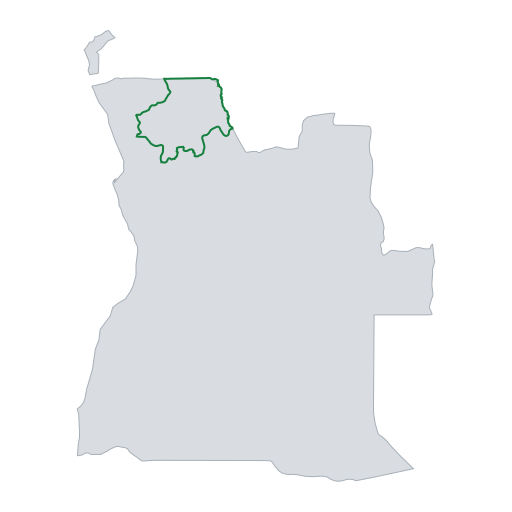 Uíge highlighted on a map of Angola
{"feature_id": "AGO-1881", "entity_name": "Uíge", "entity_type": "Province", "adm_level": 1, "iso_a3": "AGO", "parent_name": "Angola", "parent_adm1": "", "projection": "robinson", "projection_center": [15.52, -7.131], "detail": "fine", "context": "in_parent", "style": "outline", "palette": "green", "viewbox_px": 512, "rotation_deg": 0, "n_neighbors": 0, "source": "natural_earth", "source_scale": "10m", "svg_char_len": 8398}
<svg xmlns="http://www.w3.org/2000/svg" viewBox="0 0 512 512"><path d="M432.5,244.3L433.1,248.7L433.6,254.7L434.1,259.0L434.5,261.0L434.7,262.0L434.1,263.1L433.7,265.7L432.9,268.0L432.4,269.6L432.7,272.6L432.0,281.3L431.9,285.6L432.9,293.3L432.8,295.7L430.3,302.8L429.6,306.4L429.5,308.2L432.0,313.4L431.8,314.5L429.9,314.8L428.3,314.9L374.1,314.9L373.5,405.2L373.5,412.8L375.1,423.0L378.2,434.1L379.5,435.1L382.7,437.2L387.1,441.3L389.6,444.5L394.6,450.0L401.3,456.9L413.4,468.7L372.4,477.5L356.6,480.6L355.2,480.6L352.9,479.4L347.9,479.2L342.0,480.8L337.3,481.3L333.8,480.5L330.4,479.1L327.1,476.9L321.4,476.1L313.2,476.7L305.4,476.3L297.8,474.8L292.4,474.3L289.1,474.6L285.6,474.1L281.9,472.9L278.8,470.8L275.1,466.4L272.2,462.2L271.4,461.6L270.5,460.9L269.6,460.7L253.4,460.5L154.6,460.3L143.1,461.0L142.2,460.9L140.8,460.4L139.8,459.4L136.6,457.0L133.7,455.2L129.9,452.2L127.4,448.8L125.3,447.7L121.6,447.1L118.8,446.5L116.6,446.4L112.6,448.0L109.6,449.5L107.5,451.1L103.7,452.8L100.6,454.5L95.2,454.3L94.0,454.5L90.9,454.4L88.1,452.9L85.2,453.1L82.0,455.0L77.4,455.7L78.4,443.2L79.5,437.7L79.5,431.0L78.7,413.9L77.9,411.5L77.3,408.8L80.2,406.6L81.6,405.0L83.6,402.2L85.0,398.2L86.6,389.4L92.5,369.2L95.3,349.3L98.9,339.9L100.2,329.4L110.3,315.8L112.8,307.4L118.0,303.3L125.3,299.0L130.6,291.2L133.1,285.8L136.0,275.5L136.0,264.7L137.8,250.4L137.4,246.2L134.6,240.5L134.1,236.4L131.5,232.4L128.8,229.4L127.5,223.9L122.7,215.4L121.4,209.7L119.1,205.6L118.7,200.5L117.5,195.2L115.2,189.9L112.9,183.9L112.9,182.0L114.3,179.7L115.7,178.9L115.2,180.1L114.3,181.4L114.5,182.5L123.4,171.9L124.0,169.8L123.7,167.5L123.6,164.7L124.0,161.4L115.6,141.8L108.9,123.6L107.7,114.5L98.9,102.4L95.4,94.5L93.4,89.0L91.9,86.9L92.5,85.9L94.7,85.6L99.8,84.3L106.7,82.9L113.1,79.7L114.8,78.3L118.2,78.0L121.7,78.9L123.0,78.3L123.7,78.2L131.8,78.2L135.2,78.0L141.4,78.1L145.4,78.3L147.6,78.7L153.7,79.2L161.3,79.1L164.0,78.8L173.9,78.6L192.5,78.3L202.3,78.3L209.7,78.3L213.1,79.5L216.2,81.7L217.6,83.6L218.3,84.5L219.2,86.6L220.9,88.3L221.5,90.8L221.0,94.3L221.2,98.4L222.2,103.3L224.2,108.4L227.4,113.8L228.7,118.0L228.3,121.2L229.3,124.5L231.6,128.0L233.2,129.8L234.2,131.3L236.8,136.6L245.3,151.6L246.6,152.4L248.5,152.1L252.4,151.5L256.3,151.4L259.1,152.7L260.2,152.4L264.5,149.9L268.6,149.1L273.0,148.1L275.3,147.0L277.9,147.0L285.1,149.0L286.4,149.2L292.2,149.2L298.0,148.0L298.9,139.4L298.9,137.7L300.3,134.4L302.1,131.6L302.3,128.9L302.2,125.2L303.5,120.7L307.4,117.2L313.7,115.5L317.3,115.2L322.9,114.2L331.4,113.2L334.6,113.3L334.8,113.8L333.0,120.0L333.0,122.0L333.6,124.1L335.0,125.2L352.1,125.4L368.4,126.1L369.3,126.4L370.0,126.9L371.1,129.9L370.8,135.9L369.2,144.6L369.8,152.8L372.5,160.4L372.8,172.1L370.5,187.8L370.0,197.8L371.2,202.0L373.9,206.3L378.0,210.9L381.1,216.8L383.3,224.0L384.1,228.6L383.5,230.4L383.5,233.7L384.2,238.3L383.4,241.4L381.1,242.9L380.4,245.0L381.5,249.0L381.7,252.6L383.2,255.0L384.3,255.1L386.6,253.9L389.3,251.4L391.5,250.4L394.6,250.5L398.9,251.2L406.5,251.5L408.8,251.0L415.9,247.8L417.8,247.5L420.6,247.9L424.6,248.8L428.6,249.0L430.5,248.0L430.7,246.7L431.4,245.0L432.5,244.3ZM114.9,37.5L114.5,38.1L111.2,39.6L107.8,40.9L103.3,46.5L101.0,48.9L100.3,49.5L98.2,50.9L96.7,52.0L96.8,52.7L97.8,53.4L98.8,54.6L98.7,63.7L98.3,72.7L97.8,73.5L94.9,73.8L91.1,74.4L89.8,74.8L89.4,73.9L88.1,70.6L88.8,67.5L89.6,65.2L88.7,60.4L86.8,56.2L84.7,50.8L84.1,49.8L85.8,48.1L88.4,44.3L89.5,42.3L92.5,41.9L93.7,40.5L94.5,38.3L94.8,37.0L98.2,36.0L102.3,34.1L104.6,32.1L106.9,30.8L108.3,30.7L109.3,31.3L111.9,34.8L114.2,37.0L114.9,37.5Z" fill="#d9dde1" stroke="#a8b0b8" stroke-width="1"/><path d="M209.7,78.0L210.5,78.2L211.0,78.5L211.4,78.9L212.1,79.3L212.6,79.4L213.0,79.3L213.9,79.0L214.5,78.9L215.0,78.9L215.6,79.1L216.7,79.6L216.9,79.7L218.0,80.3L217.9,80.6L217.5,81.1L217.5,81.3L217.8,81.7L217.9,82.1L218.0,82.4L218.1,84.5L218.2,84.9L218.3,84.8L218.6,84.7L218.9,84.6L219.0,85.0L218.4,85.8L218.9,85.8L219.3,86.1L219.8,86.9L220.1,87.1L220.5,87.3L220.8,87.5L221.0,87.9L221.5,88.6L221.7,89.1L221.7,89.5L221.5,89.9L221.4,90.5L221.4,92.9L221.5,93.2L221.5,93.5L221.6,93.8L221.6,94.2L221.4,94.3L221.1,94.3L220.9,94.4L220.8,94.7L220.7,96.0L220.8,96.1L221.0,96.4L221.2,96.6L221.4,96.5L221.5,96.6L221.6,97.0L221.4,97.4L221.1,97.9L221.1,98.2L221.8,98.3L221.6,98.7L221.6,99.1L221.8,99.4L222.1,99.7L222.3,100.1L222.3,100.4L222.0,101.1L221.9,101.7L221.9,102.2L222.4,103.3L222.5,103.9L222.6,105.2L222.7,105.7L222.9,106.3L224.5,108.8L224.7,109.3L224.7,109.8L224.8,110.2L225.2,110.6L225.5,110.7L226.2,110.8L226.5,110.9L227.2,111.5L227.6,112.3L227.8,114.2L227.7,114.3L227.6,114.6L227.6,114.9L227.9,115.1L228.2,115.1L228.4,115.3L228.5,115.6L228.7,115.9L228.9,116.4L228.8,117.0L228.6,117.5L228.6,118.3L227.6,118.0L227.6,118.8L228.2,121.0L228.1,122.7L228.3,123.0L228.5,123.2L228.9,123.7L229.4,124.4L229.5,124.9L229.5,125.4L229.6,125.8L230.4,126.1L231.3,126.9L232.1,127.3L232.4,127.6L232.5,128.1L232.6,128.5L230.9,129.1L229.8,130.0L229.5,130.4L229.1,131.0L229.0,131.7L228.9,132.9L228.8,133.6L228.4,134.6L227.8,135.3L227.2,135.7L226.5,135.9L225.8,135.9L225.2,135.7L224.5,135.4L223.9,134.9L223.3,134.3L220.4,129.8L219.8,128.2L219.4,127.5L218.8,127.0L218.2,126.7L217.7,126.6L217.1,126.7L212.6,128.8L210.6,130.3L208.7,133.3L206.9,134.8L206.1,135.1L204.6,135.3L203.7,135.5L202.7,136.2L202.3,137.0L202.2,137.9L202.3,138.7L204.2,145.0L204.4,146.7L204.4,147.5L204.4,148.2L204.2,148.7L203.7,150.0L203.2,152.9L201.9,154.3L201.4,154.6L199.2,155.5L198.1,156.2L197.2,156.4L196.5,156.4L194.7,156.1L194.7,154.7L194.6,153.1L194.0,152.5L193.4,152.4L193.1,151.9L193.1,151.3L193.6,151.0L193.6,150.9L193.5,150.7L193.1,150.2L192.3,149.6L192.2,149.5L191.6,149.4L190.9,149.4L189.6,149.6L188.9,149.9L187.7,150.7L187.1,150.9L186.2,151.0L185.2,151.0L184.2,150.7L183.6,150.1L183.5,149.2L183.7,148.5L183.8,147.7L183.2,146.9L182.7,146.9L179.5,147.1L177.6,147.6L176.9,148.1L177.2,149.2L177.1,149.6L177.0,149.8L176.8,150.4L176.6,151.1L176.6,151.4L176.7,151.6L176.8,151.6L177.1,151.5L177.4,151.6L177.5,151.8L177.8,152.2L177.8,152.4L177.8,152.7L177.6,152.9L177.4,153.2L177.3,154.0L177.2,155.1L177.1,155.6L177.0,155.9L176.9,156.0L176.7,156.5L176.4,156.7L176.2,156.7L176.0,157.1L176.0,157.3L175.9,157.4L175.7,157.5L175.3,157.6L175.1,157.8L175.0,158.0L174.9,158.2L174.8,158.8L174.7,158.9L174.6,159.0L174.4,159.0L174.1,158.8L173.9,158.8L173.3,158.8L173.1,158.8L172.8,158.9L172.2,159.4L171.9,159.5L171.7,159.5L171.4,159.4L171.2,159.4L171.0,159.1L170.9,159.0L170.8,158.9L170.7,158.8L170.4,158.6L170.1,158.5L169.7,158.5L169.6,158.4L169.3,158.3L169.1,158.2L168.8,158.3L168.5,158.5L168.1,158.9L167.9,159.2L167.7,159.5L167.4,160.5L167.2,160.9L166.8,161.3L166.3,161.8L166.3,162.0L166.1,162.1L165.9,162.2L165.2,162.5L164.7,162.6L164.3,162.6L163.4,162.4L162.7,162.2L162.3,162.1L161.4,162.3L160.8,159.5L160.7,158.3L160.8,156.9L161.0,155.9L161.4,155.1L162.6,152.8L162.9,152.1L163.1,146.7L162.8,145.9L162.4,145.4L161.0,145.0L156.9,146.0L155.9,146.0L155.2,145.9L154.3,145.6L152.1,144.4L151.2,143.8L150.5,143.1L148.8,140.8L146.8,138.5L146.4,137.8L145.7,137.2L144.8,136.9L138.9,136.8L136.8,136.5L137.3,134.8L137.6,134.3L138.2,134.1L138.4,134.0L139.0,134.1L139.4,134.0L139.6,133.8L139.7,133.7L140.2,133.2L140.4,132.9L140.7,132.8L140.8,132.5L140.8,132.4L140.8,132.0L140.5,131.5L139.5,130.3L139.0,129.6L138.2,127.5L138.2,126.4L138.4,125.5L139.8,123.2L139.9,122.4L139.5,121.8L138.9,121.3L138.3,120.5L137.8,119.6L137.0,117.1L136.2,115.3L136.7,114.9L137.5,114.8L137.7,114.7L137.9,114.7L138.2,114.8L139.8,114.8L140.1,114.7L140.4,114.6L140.7,114.3L140.9,114.0L141.0,113.9L141.2,113.7L141.6,113.5L141.7,113.4L141.9,113.0L142.0,112.9L142.4,112.6L143.4,112.1L144.6,111.7L146.2,111.2L148.8,109.8L149.1,109.5L149.4,108.5L149.5,108.2L149.9,107.7L150.0,107.5L150.0,107.3L150.2,107.0L150.6,106.5L151.7,105.5L152.0,105.4L152.3,105.3L152.5,105.3L152.8,105.3L153.0,105.3L153.3,105.3L153.5,105.3L154.0,105.4L154.5,105.4L156.3,104.6L156.5,104.5L156.6,104.4L157.2,103.4L157.7,102.8L159.9,102.8L161.7,102.4L162.9,102.0L164.7,101.0L165.1,100.6L165.3,100.0L165.6,99.3L166.7,97.5L166.8,97.3L168.1,95.1L168.9,94.4L169.1,94.2L170.2,92.6L170.3,91.5L169.8,91.0L168.4,89.3L168.0,88.2L167.3,85.0L166.9,83.9L164.8,80.3L164.3,78.8L165.4,78.8L168.0,78.8L170.7,78.7L173.4,78.7L176.0,78.6L178.7,78.6L181.3,78.5L184.0,78.5L186.7,78.4L189.4,78.4L192.0,78.3L194.7,78.3L197.4,78.2L200.0,78.2L202.7,78.1L203.5,78.1L205.3,78.1L208.0,78.0L209.7,78.0Z" fill="none" stroke="#15803d" stroke-width="2"/></svg>